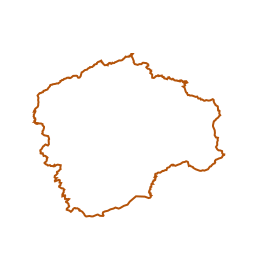 Mahabo, Menabe, Madagascar, rotated 245°
{"feature_id": "10022922B70120442307447", "entity_name": "Mahabo", "entity_type": "district", "adm_level": 2, "iso_a3": "MDG", "parent_name": "Madagascar", "parent_adm1": "Menabe", "projection": "equal_earth", "projection_center": [45.183, -20.687], "detail": "fine", "context": "isolated", "style": "outline", "palette": "amber", "viewbox_px": 256, "rotation_deg": 245, "n_neighbors": 0, "source": "geoboundaries", "source_scale": "gbopen_adm2", "svg_char_len": 5777}
<svg xmlns="http://www.w3.org/2000/svg" viewBox="0 0 256 256"><g transform="rotate(245 128 128)"><path d="M195.7,59.8L193.2,59.6L191.4,58.4L189.2,57.8L187.8,56.8L186.6,56.3L185.4,55.2L184.6,52.0L183.4,51.1L183.5,50.5L182.9,49.9L182.9,51.3L182.3,51.2L181.9,50.9L181.7,50.1L181.4,50.2L179.7,48.1L178.9,47.9L178.3,47.3L177.5,47.5L176.5,47.2L176.0,48.0L174.7,47.6L174.3,46.5L173.7,46.7L173.2,45.6L172.9,46.3L172.0,45.9L171.1,47.4L170.8,46.6L170.6,46.6L170.0,47.6L170.0,48.7L168.8,51.1L167.6,52.2L166.5,51.7L164.7,52.4L163.6,51.9L161.7,50.2L161.2,49.1L159.8,48.7L159.2,47.8L156.8,49.0L154.4,52.2L151.9,52.0L151.1,51.7L150.7,51.0L146.7,49.4L146.0,48.0L147.9,46.3L147.7,45.2L147.3,44.5L147.2,43.3L145.3,40.6L144.9,39.1L143.7,38.7L143.3,38.9L141.9,38.1L141.4,38.6L141.2,40.0L138.3,39.7L138.1,40.6L137.5,41.5L136.5,41.7L136.1,42.2L135.3,42.5L135.0,41.8L134.3,41.7L134.0,41.1L133.1,40.8L132.2,39.8L131.8,37.7L131.4,37.5L129.7,38.3L129.3,38.9L127.9,39.5L127.3,41.6L126.2,41.9L125.7,43.1L124.8,44.2L125.4,45.0L125.6,45.8L124.4,45.8L124.7,47.0L124.5,48.8L122.7,51.3L120.6,49.9L119.2,49.5L119.1,48.6L118.2,46.7L118.3,45.2L118.0,44.9L116.6,44.9L115.8,42.9L115.6,41.5L114.3,40.6L113.2,41.2L112.8,42.0L112.4,41.0L111.6,40.7L111.4,39.6L110.9,39.3L110.5,39.3L110.3,43.4L109.4,44.1L107.5,42.9L106.4,44.2L105.4,42.9L104.7,42.5L104.7,41.4L103.9,40.7L101.4,42.3L100.8,43.5L99.0,44.3L98.5,43.3L96.8,42.5L96.4,41.5L95.6,41.3L95.6,40.5L93.8,39.6L93.7,40.6L94.0,41.2L93.5,42.5L93.0,42.4L92.5,41.7L90.3,41.0L89.9,42.0L89.0,43.1L88.8,44.3L88.5,44.6L87.6,42.2L87.6,40.8L86.9,40.6L85.5,41.7L84.5,42.0L83.5,41.6L82.0,41.7L81.7,41.4L80.7,38.4L79.8,37.9L77.9,40.0L76.2,40.8L76.9,42.9L77.9,44.3L78.1,45.6L77.9,46.2L77.2,46.6L76.7,48.1L74.6,49.6L74.3,49.6L73.9,49.0L73.5,49.1L72.9,50.1L71.4,51.2L68.6,51.9L67.0,51.9L65.5,52.7L64.6,55.8L63.4,57.4L62.7,58.9L62.5,63.2L62.3,64.1L60.3,65.5L58.8,68.3L59.0,68.8L61.0,68.9L62.1,69.7L62.2,71.7L61.5,74.8L61.7,77.7L61.1,80.8L61.2,83.0L58.9,85.5L58.8,87.1L59.2,91.4L58.7,95.2L60.5,98.4L62.7,106.4L58.7,114.2L55.8,117.1L55.5,118.6L55.9,119.5L56.8,119.9L56.9,120.6L57.9,120.0L58.1,120.4L59.4,120.1L59.5,120.7L60.6,120.0L60.9,120.5L61.5,120.3L62.5,121.2L63.0,122.5L64.1,122.6L64.4,123.3L65.1,123.6L64.9,124.3L67.3,125.5L67.4,125.8L66.9,126.9L67.6,126.7L68.8,127.8L68.9,128.6L69.6,128.9L69.4,130.5L69.6,130.8L70.3,130.7L70.6,131.4L71.7,132.5L72.3,131.5L73.0,132.6L72.8,133.1L73.9,132.7L74.9,133.5L74.4,135.2L74.7,135.5L74.9,136.5L73.9,138.3L74.5,141.2L74.1,141.9L74.1,144.0L73.6,145.1L75.3,146.7L75.0,149.0L75.6,149.9L76.2,152.0L75.7,153.4L75.5,153.6L74.9,153.2L74.6,154.1L73.7,155.0L73.6,157.8L73.3,160.4L73.8,163.1L73.2,165.3L73.3,166.4L73.1,166.9L71.9,167.9L67.8,167.1L67.6,168.4L66.9,168.7L65.0,170.4L64.3,170.3L62.0,171.9L58.9,175.0L58.3,176.1L58.1,177.9L57.1,179.2L56.8,183.1L58.4,185.9L58.2,187.2L58.8,188.0L59.5,190.3L59.3,191.6L60.1,192.6L60.9,192.6L61.5,193.0L62.1,194.2L61.9,195.9L62.0,197.2L61.6,199.9L61.7,200.7L62.9,202.2L62.9,203.8L63.4,204.1L64.1,203.0L65.3,202.7L67.3,203.5L68.7,202.1L69.5,200.6L71.0,199.9L73.6,199.7L74.9,201.7L77.5,202.8L78.9,204.2L79.9,204.4L81.1,205.4L82.3,203.7L84.9,203.5L86.8,204.7L89.3,205.6L93.4,205.7L94.6,206.2L97.4,208.3L97.6,209.0L98.1,209.3L98.2,210.7L98.9,211.7L99.4,214.3L100.2,215.4L100.6,217.0L102.5,216.8L104.8,218.2L105.1,218.1L105.4,217.3L105.8,217.1L109.6,218.5L111.8,217.0L112.4,217.2L113.5,216.8L115.9,216.9L117.1,217.5L118.3,217.0L118.3,214.0L118.8,212.5L120.3,210.6L120.2,209.6L120.5,208.5L122.4,207.4L123.0,206.0L124.2,206.1L125.0,204.2L127.2,204.0L127.6,202.5L130.3,199.8L131.3,197.8L132.1,197.3L132.5,196.2L133.9,196.1L134.8,196.4L135.5,195.8L136.6,195.7L140.5,196.3L142.3,195.4L142.1,196.9L142.6,197.9L143.9,197.7L144.6,199.0L144.3,199.5L144.2,200.9L145.8,200.6L146.4,199.1L145.9,198.3L145.9,197.5L146.5,197.1L147.3,197.4L148.7,196.4L148.7,196.0L148.1,195.2L148.5,194.5L149.1,194.7L149.1,194.0L149.8,192.8L150.5,192.4L150.5,191.9L151.2,190.8L151.7,190.2L153.0,189.8L153.2,189.2L153.6,189.2L153.5,188.7L153.7,187.9L155.0,187.3L155.2,186.8L156.7,186.7L156.9,185.9L156.4,185.6L155.8,184.3L156.2,184.2L156.2,183.5L156.9,183.0L157.5,181.9L158.4,181.7L159.0,182.0L159.5,181.6L159.7,180.8L161.1,180.8L161.0,180.4L161.4,180.1L162.0,177.9L162.8,177.9L163.1,177.4L162.8,176.1L163.2,175.2L162.4,173.1L162.6,172.2L163.4,171.2L166.3,172.5L168.4,171.4L169.2,172.6L169.6,172.5L169.7,172.9L170.1,172.8L170.4,173.2L170.9,172.6L171.4,172.7L172.9,171.9L173.4,170.9L175.2,170.2L175.7,170.8L175.9,172.8L177.1,173.2L179.0,172.1L180.8,169.2L180.8,168.6L180.2,167.2L181.1,165.2L181.1,163.5L183.1,161.1L185.3,160.9L186.0,161.5L189.4,161.7L190.6,161.7L191.3,161.3L192.4,161.6L192.4,162.3L193.1,163.5L193.7,162.2L192.6,161.0L192.9,159.9L192.2,159.4L192.2,158.9L192.8,157.9L193.2,156.4L193.7,156.0L192.6,153.8L192.7,153.1L192.1,152.1L192.0,150.9L192.5,149.3L193.0,148.6L192.9,145.0L193.1,144.1L192.7,143.1L193.3,141.3L193.7,141.2L193.2,140.1L194.0,139.1L194.6,139.2L194.9,138.5L194.2,136.9L193.7,136.4L194.3,136.3L194.1,135.2L194.8,133.4L196.9,132.6L198.0,132.6L198.6,131.9L199.4,132.3L200.4,132.2L200.3,129.9L200.5,129.0L200.1,127.4L199.4,127.0L199.3,126.3L199.6,125.4L199.6,124.0L199.0,123.7L199.0,122.9L198.4,121.5L199.2,119.2L198.8,119.0L198.9,117.1L198.2,115.6L198.7,113.3L198.0,110.7L198.0,109.5L194.9,106.9L194.2,105.5L194.3,104.7L194.8,104.0L196.6,103.9L197.2,103.3L198.4,100.3L197.7,97.8L197.7,96.6L198.1,95.8L198.7,95.7L198.9,94.8L199.3,94.1L199.1,92.4L199.5,90.8L199.0,89.8L199.1,88.9L199.4,88.6L199.1,87.5L199.2,86.7L198.7,86.6L198.2,85.5L198.1,84.2L197.8,83.6L198.5,82.4L198.6,81.2L199.5,77.9L199.3,77.5L199.8,75.9L199.5,75.3L198.9,75.0L197.8,72.4L197.0,71.4L197.0,70.1L197.3,69.2L197.0,68.2L197.4,67.2L196.4,66.0L196.7,64.9L196.5,63.6L196.9,63.0L196.8,62.3L195.7,59.8Z" fill="none" stroke="#b45309" stroke-width="2"/></g></svg>